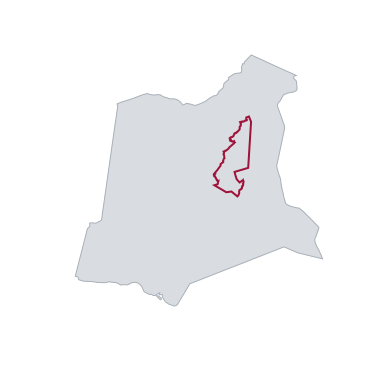 Laisamis, Eastern, Kenya (highlighted), rotated 69°
{"feature_id": "3690345B46270372847124", "entity_name": "Laisamis", "entity_type": "district", "adm_level": 2, "iso_a3": "KEN", "parent_name": "Kenya", "parent_adm1": "Eastern", "projection": "albers", "projection_center": [37.15, 2.304], "detail": "fine", "context": "in_parent", "style": "outline", "palette": "rose", "viewbox_px": 384, "rotation_deg": 69, "n_neighbors": 0, "source": "geoboundaries", "source_scale": "gbopen_adm2", "svg_char_len": 6897}
<svg xmlns="http://www.w3.org/2000/svg" viewBox="0 0 384 384"><g transform="rotate(69 192 192)"><path d="M82.9,230.5L82.8,225.8L83.5,214.0L83.5,203.6L84.1,198.4L86.7,195.1L87.9,192.7L88.7,189.3L90.1,186.6L93.2,184.4L93.7,183.2L97.0,179.4L98.9,174.7L100.4,173.0L102.2,171.5L103.5,170.8L105.6,170.0L107.3,169.5L107.6,169.1L107.7,168.4L107.2,165.4L107.9,164.4L109.0,162.5L110.3,160.6L111.5,159.4L112.2,158.2L112.5,156.2L112.5,154.7L112.5,152.3L112.2,146.8L110.8,142.2L110.0,137.0L110.6,135.3L109.5,132.3L109.0,132.2L108.1,131.5L107.0,128.7L106.1,126.1L105.6,125.4L102.0,123.1L100.2,117.8L98.1,116.6L97.0,111.3L96.8,109.8L98.0,104.5L97.9,103.3L96.6,102.1L93.2,101.0L90.4,98.8L90.8,98.0L91.0,97.3L89.5,96.7L85.3,87.6L90.8,82.2L96.4,76.7L103.5,69.8L110.0,63.4L115.6,57.8L120.6,52.9L120.5,53.9L120.5,55.1L121.2,55.9L122.2,56.4L123.6,55.9L124.9,55.1L126.1,54.9L133.6,57.0L134.9,58.8L134.8,60.7L135.1,62.1L134.5,63.5L133.9,67.8L134.1,71.7L136.3,74.5L138.4,76.8L140.0,80.0L141.2,81.0L142.8,81.5L148.0,81.6L155.6,81.8L163.0,82.0L163.7,82.1L165.3,82.5L172.1,86.8L178.3,90.8L183.5,94.2L188.7,97.5L193.6,100.7L197.5,103.4L201.3,104.2L207.5,104.6L211.7,104.7L215.7,105.8L221.6,106.9L226.0,107.4L228.6,108.0L236.0,108.6L237.2,108.3L240.4,105.3L244.0,100.4L245.4,97.8L250.1,95.1L258.4,91.4L264.2,88.8L270.6,86.2L273.5,88.4L277.6,92.0L279.4,93.8L280.9,94.6L283.1,95.1L285.7,95.1L287.2,95.1L290.2,94.6L297.2,94.1L301.2,94.1L297.8,99.0L293.8,104.8L286.4,115.4L280.8,121.1L276.6,125.3L276.2,126.1L276.2,130.8L276.3,142.3L276.5,165.4L276.6,188.4L276.8,211.5L276.9,223.0L276.9,226.9L280.7,231.7L284.4,236.4L289.2,242.6L291.9,246.0L292.3,247.1L292.2,249.3L288.2,254.0L284.9,256.2L280.5,257.2L279.2,257.0L277.5,256.3L276.8,257.5L276.3,259.2L275.3,258.9L274.6,258.3L275.0,261.4L275.5,263.0L274.8,265.1L272.7,266.9L272.5,268.4L267.9,272.4L261.3,272.9L257.8,274.9L256.3,276.5L255.1,280.1L255.6,285.5L253.7,289.7L253.4,291.8L250.0,294.6L248.5,297.1L247.4,299.6L246.4,300.7L245.3,306.4L243.7,309.9L243.3,311.0L242.9,312.1L241.7,314.1L240.9,315.5L240.3,316.4L236.3,325.3L233.2,329.3L230.7,328.8L229.1,330.3L228.9,331.1L228.0,330.7L226.0,329.2L221.8,326.2L217.5,323.2L213.3,320.2L209.1,317.2L204.9,314.2L200.6,311.2L196.4,308.2L192.2,305.2L189.7,303.5L188.6,302.4L187.8,300.4L187.3,299.8L186.2,299.2L184.9,299.0L184.5,298.6L184.5,297.6L185.0,296.2L186.5,293.4L186.7,291.8L186.4,290.0L185.9,287.0L185.5,286.4L182.7,284.8L176.8,281.6L171.0,278.3L165.1,275.1L159.3,271.8L153.4,268.6L147.6,265.3L141.7,262.1L135.9,258.8L130.1,255.6L124.2,252.3L118.4,249.1L112.5,245.8L106.7,242.6L100.8,239.3L95.0,236.0L89.2,232.8L87.0,231.5L85.0,230.5L82.9,230.5ZM277.4,262.0L276.4,262.3L276.9,260.7L279.9,258.7L281.2,259.1L281.4,259.6L281.3,260.0L280.8,260.4L277.4,262.0Z" fill="#d9dde1" stroke="#a8b0b8" stroke-width="1"/><path d="M212.4,151.2L212.2,150.7L211.8,150.1L211.6,149.8L211.4,149.7L211.0,149.2L210.6,148.9L210.2,148.5L209.4,148.1L208.3,147.8L208.2,147.7L207.8,147.5L207.7,147.4L207.3,147.1L207.3,146.8L207.3,146.7L207.2,146.5L207.2,146.3L207.1,146.1L207.0,145.9L206.9,145.8L206.9,145.6L206.9,145.1L207.0,145.0L207.0,144.9L206.8,144.8L206.6,144.7L206.5,144.4L206.4,144.1L206.2,144.0L205.9,144.0L205.8,143.9L205.7,143.8L205.6,143.7L205.4,143.5L205.2,143.4L204.7,143.3L204.7,142.8L204.6,142.6L204.4,142.6L204.3,142.2L204.1,142.0L203.9,141.9L203.6,141.6L203.4,141.5L203.2,141.5L202.9,141.5L202.7,141.5L202.7,141.4L202.5,141.2L202.4,141.1L202.2,141.0L201.8,140.8L201.7,140.7L201.4,140.5L201.2,140.4L200.8,140.1L200.6,140.0L200.4,140.1L200.0,140.2L199.7,140.3L199.4,140.3L199.1,140.2L200.0,143.3L200.2,144.1L196.2,145.7L192.2,145.5L188.5,145.1L189.6,130.9L147.6,111.7L141.9,111.8L141.9,114.6L142.2,114.7L142.4,114.9L142.5,114.9L142.6,115.0L142.8,115.0L143.0,115.0L143.3,115.1L143.5,115.1L143.8,115.3L144.0,115.4L144.3,115.4L144.3,115.2L144.5,115.0L144.7,115.3L144.6,115.9L144.6,116.2L144.3,116.9L144.3,117.0L144.5,117.2L144.6,117.4L144.6,117.5L144.7,118.0L144.6,118.5L144.7,118.8L144.6,119.1L144.4,119.1L144.3,119.4L144.4,119.5L144.4,119.9L144.4,120.1L144.2,120.4L144.3,120.5L144.2,120.6L144.2,120.8L144.0,121.1L143.9,121.4L143.9,121.7L144.0,121.7L144.0,121.8L144.2,121.7L144.3,121.7L144.2,121.9L144.2,122.0L144.3,122.0L144.9,122.0L145.0,122.0L145.4,122.0L145.8,122.0L146.0,122.2L146.4,122.2L146.6,122.4L146.8,122.3L147.2,122.5L147.4,122.5L147.5,122.4L147.5,122.2L147.6,122.4L147.6,122.6L147.6,122.8L147.7,123.0L147.8,123.2L147.9,123.6L148.0,123.8L148.2,124.1L148.5,124.2L149.1,124.4L149.1,124.5L149.3,124.6L149.6,124.7L150.0,124.9L150.4,124.9L150.5,125.0L150.9,125.5L151.0,125.7L151.0,125.8L151.1,126.1L151.4,126.8L151.6,127.0L151.8,127.3L151.8,127.5L152.0,127.8L152.0,128.0L152.0,128.4L152.1,128.5L152.2,128.8L152.3,129.0L152.5,129.0L152.7,129.3L152.5,129.6L152.4,129.7L152.4,129.9L152.4,130.0L152.4,130.6L152.5,130.9L152.5,131.2L152.6,131.3L152.8,131.6L152.9,131.8L153.2,131.8L153.4,131.8L153.5,132.0L153.9,132.6L154.0,132.8L154.4,133.1L154.6,133.2L154.7,133.6L154.8,133.9L154.8,134.1L155.0,134.2L155.0,134.3L155.0,134.6L155.0,134.8L154.9,135.0L155.0,135.5L154.9,135.8L154.8,136.0L154.8,136.3L155.0,136.7L155.2,137.4L155.3,137.4L155.4,137.5L155.5,137.5L155.8,137.7L156.0,137.6L156.0,137.4L156.2,137.5L156.3,137.4L156.5,137.4L156.7,137.2L156.9,137.4L157.0,137.5L157.3,137.7L157.5,137.5L157.5,137.2L157.8,137.3L157.9,137.5L158.0,137.4L158.0,137.5L157.9,137.8L158.0,137.8L158.0,137.7L158.1,137.4L158.1,137.1L158.3,137.1L158.5,137.0L158.6,136.8L158.8,136.4L159.2,136.0L159.3,136.0L159.5,136.1L159.6,135.8L159.6,135.7L159.7,135.4L159.7,135.2L159.7,134.9L159.6,134.5L159.8,134.5L160.1,134.6L160.4,134.5L160.5,134.5L161.0,134.5L161.1,134.4L161.4,135.0L161.6,135.3L163.6,141.0L163.8,141.3L164.1,141.6L164.9,143.2L165.0,143.3L165.1,144.2L165.5,145.1L165.4,145.7L165.5,145.7L165.6,145.8L165.6,146.2L165.7,146.9L165.6,147.1L165.6,147.6L165.5,147.9L165.5,148.0L165.8,148.0L166.1,147.8L166.4,147.8L166.5,147.8L166.8,148.0L167.2,148.3L167.8,148.5L168.1,148.9L168.1,149.0L169.9,149.0L170.0,149.0L170.4,149.2L171.0,149.4L171.5,149.5L172.0,149.5L172.3,150.1L172.5,150.5L172.8,150.8L173.8,151.5L174.1,151.9L174.2,152.0L174.3,152.0L174.6,152.0L175.3,152.1L176.1,155.2L176.2,155.3L177.2,155.7L177.6,155.9L177.7,156.0L179.0,158.1L180.8,160.8L181.5,162.2L183.1,165.1L183.3,165.2L183.4,165.3L183.5,165.5L183.8,165.8L183.7,165.9L183.9,165.8L183.9,165.7L184.0,165.7L184.2,165.4L184.2,165.2L184.4,165.5L184.5,165.6L184.9,165.6L184.9,165.4L185.1,165.4L185.3,165.2L185.5,165.0L185.7,164.9L185.8,165.0L186.0,165.0L186.2,164.9L186.3,164.9L186.5,165.0L186.8,164.9L187.4,164.7L187.5,164.7L187.8,164.8L188.0,164.8L188.3,164.6L188.5,164.6L188.9,164.6L189.0,164.6L189.2,164.4L189.3,164.4L189.4,164.5L189.6,164.6L189.9,164.5L190.0,164.5L190.2,164.3L190.3,164.3L190.5,164.4L190.9,164.2L191.0,164.0L191.0,163.8L191.1,163.7L191.1,163.4L193.9,165.3L193.7,168.7L195.6,167.2L201.8,162.2L204.5,160.1L205.7,155.0L212.4,151.2Z" fill="none" stroke="#9f1239" stroke-width="2"/></g></svg>